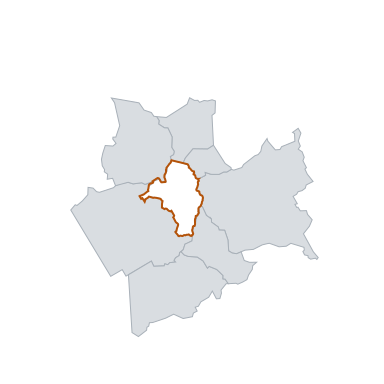 South Sudan shown with its bordering countries, rotated 239°
{"feature_id": "SSD", "entity_name": "South Sudan", "entity_type": "country or territory", "adm_level": 0, "iso_a3": "SSD", "parent_name": "Africa", "parent_adm1": "", "projection": "albers", "projection_center": [30.346, 7.857], "detail": "fine", "context": "with_neighbors", "style": "outline", "palette": "amber", "viewbox_px": 384, "rotation_deg": 239, "n_neighbors": 7, "source": "natural_earth", "source_scale": "50m", "svg_char_len": 8112}
<svg xmlns="http://www.w3.org/2000/svg" viewBox="0 0 384 384"><g transform="rotate(239 192 192)"><path d="M189.0,250.4L190.7,264.6L190.0,268.0L191.4,271.9L195.4,275.6L199.2,283.9L196.4,283.2L185.2,285.1L183.1,289.3L184.7,292.2L182.5,306.3L189.3,310.0L191.3,308.9L191.9,315.8L186.4,315.7L181.0,309.4L175.6,308.5L174.0,305.1L169.7,307.1L164.0,306.1L161.7,303.2L153.9,302.6L153.5,300.6L147.9,300.0L138.7,301.2L139.2,293.5L136.9,291.0L136.5,287.0L137.6,283.1L136.2,280.5L136.2,276.4L127.7,276.2L128.4,273.9L124.8,273.8L124.4,275.0L120.1,275.1L117.1,280.5L113.3,279.5L106.3,280.7L102.2,275.0L98.8,266.0L78.2,265.2L70.8,266.4L69.9,264.3L71.7,263.7L73.3,259.1L75.9,257.8L77.7,258.6L80.1,256.1L83.9,256.4L84.3,258.3L86.9,259.5L97.1,250.3L97.0,244.8L100.2,238.4L108.2,231.9L109.0,229.8L110.5,225.0L111.2,215.1L114.9,207.4L116.1,198.5L118.9,195.1L122.6,193.1L132.4,198.1L142.4,200.3L145.4,195.7L148.5,196.5L156.1,193.2L158.8,194.7L161.0,194.5L162.0,192.9L164.6,192.3L174.0,193.3L176.3,192.6L180.3,198.2L183.4,199.1L192.2,196.9L193.8,199.9L199.8,204.4L199.4,212.3L202.1,213.3L197.3,217.5L193.2,224.2L192.8,229.6L191.2,232.2L191.2,237.3L189.2,239.1L187.3,247.3L189.0,250.4Z" fill="#d9dde1" stroke="#a8b0b8" stroke-width="1"/><path d="M258.0,259.0L247.9,252.5L247.4,248.6L221.0,234.5L220.8,227.4L228.5,215.1L224.6,203.9L221.3,199.2L230.0,190.6L233.6,191.7L233.6,195.5L236.0,197.7L240.7,197.6L249.4,203.3L259.3,204.3L261.2,201.4L267.4,198.4L270.2,200.6L274.8,200.5L269.1,208.4L269.8,233.1L274.0,238.5L269.2,241.3L267.6,244.2L265.0,244.7L264.2,249.5L262.0,252.3L260.7,256.7L258.0,259.0Z" fill="#d9dde1" stroke="#a8b0b8" stroke-width="1"/><path d="M157.5,171.9L152.4,168.9L150.1,166.8L150.9,159.1L147.1,154.8L146.5,150.2L144.1,148.2L144.1,144.2L142.7,141.5L140.4,141.9L142.9,136.6L142.2,133.8L144.4,131.7L143.0,130.1L148.0,121.0L153.7,121.6L153.9,92.1L161.4,92.2L161.6,78.9L239.0,78.8L241.2,85.3L239.7,86.5L240.8,93.4L243.3,101.3L249.5,105.3L246.3,109.2L241.4,110.4L239.4,112.5L236.1,127.0L236.8,129.7L235.9,135.5L233.2,142.3L229.3,145.7L225.8,153.7L222.7,155.7L220.7,162.8L220.9,169.0L220.8,163.6L219.8,163.5L219.1,157.8L215.6,155.1L214.8,150.2L215.5,145.2L212.5,144.7L212.0,146.2L208.0,146.6L209.6,148.6L210.2,152.7L203.2,161.4L199.7,162.1L194.1,158.1L191.6,159.5L190.9,161.5L187.4,162.8L187.2,164.2L180.5,164.2L179.6,162.7L174.7,162.5L172.3,163.6L170.5,163.0L165.9,157.1L161.1,158.0L157.4,167.2L152.9,169.2L157.5,171.9Z" fill="#d9dde1" stroke="#a8b0b8" stroke-width="1"/><path d="M153.8,94.9L153.7,121.6L148.0,121.0L143.0,130.1L144.4,131.7L142.2,133.8L142.9,136.6L140.4,141.9L142.7,141.5L144.1,144.2L144.1,148.2L146.5,150.2L146.4,151.9L142.1,152.9L138.7,155.6L133.6,163.0L127.2,166.0L118.8,166.0L119.4,168.4L112.9,173.3L104.4,175.6L101.6,173.8L100.3,175.5L94.7,175.9L95.8,174.1L93.0,166.4L90.1,165.1L86.3,161.0L87.9,157.9L96.6,158.4L93.2,152.1L93.3,143.1L90.8,138.6L91.6,135.4L87.3,135.1L87.5,130.8L84.9,128.1L88.1,119.3L96.7,113.3L97.4,104.5L100.4,91.0L101.9,88.2L99.3,85.8L99.3,83.7L96.9,81.9L95.7,71.6L102.4,68.2L153.8,94.9Z" fill="#d9dde1" stroke="#a8b0b8" stroke-width="1"/><path d="M176.3,192.6L174.0,193.3L164.6,192.3L158.8,194.7L156.1,193.2L148.5,196.5L145.4,195.7L142.4,200.3L132.4,198.1L122.6,193.1L118.9,195.1L116.1,198.5L115.4,203.3L106.4,201.5L102.2,205.0L98.5,211.2L97.6,206.1L94.6,203.8L91.7,197.7L88.6,194.0L88.7,189.1L89.4,183.8L91.1,182.7L94.7,175.9L100.3,175.5L101.6,173.8L104.4,175.6L112.9,173.3L119.4,168.4L118.8,166.0L127.2,166.0L133.6,163.0L138.7,155.6L142.1,152.9L146.4,151.9L147.1,154.8L150.9,159.1L150.1,166.8L161.1,174.7L161.2,176.9L168.5,183.5L170.1,187.6L175.2,190.4L176.3,192.6Z" fill="#d9dde1" stroke="#a8b0b8" stroke-width="1"/><path d="M314.1,171.3L295.7,192.5L286.9,193.1L281.0,198.1L276.6,198.3L274.8,200.5L270.2,200.6L267.4,198.4L261.2,201.4L259.3,204.3L249.4,203.3L240.7,197.6L236.0,197.7L233.6,195.5L233.6,191.7L230.0,190.6L226.0,183.2L222.9,181.6L221.6,178.9L218.2,175.6L214.0,175.2L216.3,171.3L219.9,171.1L222.7,155.7L225.8,153.7L229.3,145.7L233.2,142.3L236.8,129.7L244.6,131.0L246.6,125.9L250.7,128.9L254.5,127.2L256.2,128.6L260.7,128.6L266.6,131.2L271.3,135.6L276.5,141.6L272.1,147.9L272.8,151.9L278.2,151.4L279.7,152.5L278.3,155.0L286.1,164.2L308.4,171.6L314.1,171.3Z" fill="#d9dde1" stroke="#a8b0b8" stroke-width="1"/><path d="M221.0,234.5L199.4,235.1L192.8,238.0L191.2,237.3L191.2,232.2L192.8,229.6L193.2,224.2L197.3,217.5L202.1,213.3L199.4,212.3L199.8,204.4L202.6,202.5L206.9,204.0L212.4,202.4L217.2,202.4L221.3,199.2L224.6,203.9L228.5,215.1L220.8,227.4L221.0,234.5Z" fill="#d9dde1" stroke="#a8b0b8" stroke-width="1"/><path d="M221.2,199.4L219.6,201.0L218.4,202.2L218.2,202.4L217.9,202.6L216.7,202.6L215.6,202.5L214.5,201.8L213.4,202.4L212.7,202.5L212.3,202.6L211.4,202.7L210.0,203.0L209.4,203.4L209.1,203.7L208.8,204.2L208.6,204.3L208.4,204.2L208.0,204.0L207.3,203.7L207.0,203.0L206.6,202.6L206.3,202.4L205.2,203.1L204.6,203.2L204.2,203.2L203.3,202.8L202.4,202.5L201.9,202.5L201.2,202.9L200.4,203.5L200.0,204.1L199.8,204.5L199.7,204.2L199.5,203.9L199.2,203.6L198.9,203.5L198.5,203.5L198.1,203.6L197.9,203.4L197.9,202.9L197.7,202.5L197.6,202.2L197.0,201.8L195.4,201.2L194.2,199.8L193.6,199.2L193.2,198.8L192.6,197.8L191.9,197.0L191.0,196.7L190.5,196.9L189.9,197.6L188.8,198.4L188.3,198.4L187.7,198.0L186.9,197.7L185.4,197.6L184.8,197.9L184.1,198.5L183.4,198.8L183.0,198.8L182.6,198.7L182.2,198.6L181.8,198.6L181.0,198.1L180.6,197.7L180.4,197.4L179.9,197.1L179.4,196.9L179.1,196.6L178.9,196.2L178.6,195.7L178.2,195.2L177.0,194.4L176.7,193.9L176.5,193.4L176.0,192.9L175.5,192.2L175.3,191.1L175.3,190.3L175.2,189.9L175.0,189.5L174.7,189.2L174.3,188.8L173.4,188.3L172.4,187.7L171.9,187.3L171.0,187.2L170.5,186.8L170.0,186.0L169.9,185.4L169.4,184.9L169.2,184.6L169.1,184.2L169.5,182.9L169.0,182.5L168.2,181.9L167.6,181.3L167.3,180.7L166.3,180.0L164.2,178.8L162.9,178.1L162.2,177.4L161.6,176.8L161.6,176.6L162.0,175.9L162.0,175.4L161.7,174.8L160.4,173.8L159.4,172.6L158.6,172.2L156.7,171.8L156.2,171.7L155.6,171.5L155.1,170.9L154.9,170.3L155.2,169.3L155.0,169.0L154.7,168.9L154.8,168.7L155.2,168.2L155.7,167.9L157.3,167.4L157.4,167.2L157.4,166.6L157.6,166.3L158.1,165.4L158.2,165.1L158.2,164.4L158.3,164.0L158.5,163.8L158.9,163.3L159.1,163.1L159.1,162.5L159.1,161.4L159.3,160.9L160.3,159.9L160.6,159.5L160.7,159.1L160.7,158.7L160.7,158.3L161.0,157.9L161.3,157.7L162.0,157.6L162.5,157.7L166.0,157.1L166.4,157.2L166.5,157.6L166.5,158.2L166.6,158.6L166.7,158.8L167.3,159.1L167.7,159.6L167.9,159.8L168.4,160.2L170.9,163.2L171.7,163.5L172.4,163.4L173.8,162.8L174.5,162.6L179.3,162.9L179.9,162.8L180.7,164.3L181.0,164.6L186.4,164.7L186.3,164.2L186.3,163.8L186.9,163.2L187.3,162.8L187.4,162.7L188.2,162.3L189.0,162.0L190.6,161.7L191.2,161.1L191.5,160.6L191.5,159.6L192.1,159.3L193.8,158.4L194.1,158.2L197.3,160.2L199.1,161.8L199.3,162.0L199.4,161.9L199.5,161.8L200.4,161.7L201.9,161.6L202.3,161.5L205.2,158.6L206.0,157.6L206.6,156.8L207.0,155.7L210.2,152.8L210.3,152.6L209.9,151.6L209.8,151.1L209.8,150.4L209.8,149.3L209.8,148.6L209.8,148.4L209.7,148.4L208.0,146.4L212.4,146.3L212.4,146.2L212.3,145.8L212.3,145.5L212.3,145.4L212.3,145.1L212.3,144.9L215.5,144.9L215.5,145.5L215.1,146.8L215.1,147.6L215.0,148.5L214.9,148.8L214.7,149.0L215.4,154.2L215.4,154.4L215.2,154.8L215.2,155.0L216.6,155.5L216.8,155.6L217.3,156.3L220.2,158.6L220.3,158.8L220.6,159.5L220.7,159.8L220.6,160.4L220.6,160.6L220.7,160.9L220.7,161.0L220.3,161.9L220.1,162.5L220.1,163.1L220.1,163.4L220.2,163.6L220.3,163.7L221.5,163.7L221.5,163.9L221.6,165.3L221.6,166.5L221.7,168.5L221.7,169.0L221.7,169.7L221.5,169.9L221.2,170.3L220.8,170.6L219.6,170.7L218.7,170.7L218.0,170.6L217.1,170.6L216.2,170.7L215.9,171.0L215.4,172.0L214.8,173.4L214.4,174.0L214.3,174.4L214.5,174.6L214.9,174.9L215.9,175.3L217.0,175.6L217.8,175.7L218.4,175.8L218.9,175.9L220.5,177.0L221.0,177.5L221.3,178.0L221.3,178.4L221.6,178.9L222.5,179.9L223.0,180.4L224.4,181.1L225.0,181.9L225.5,182.3L226.0,182.7L226.2,183.4L226.9,185.2L227.3,186.1L227.7,186.9L227.9,188.2L228.2,188.8L228.6,189.5L229.1,190.1L229.7,190.5L229.8,190.7L228.6,191.9L227.2,193.3L225.6,194.9L223.9,196.7L222.5,198.1L221.2,199.4Z" fill="none" stroke="#b45309" stroke-width="2"/></g></svg>